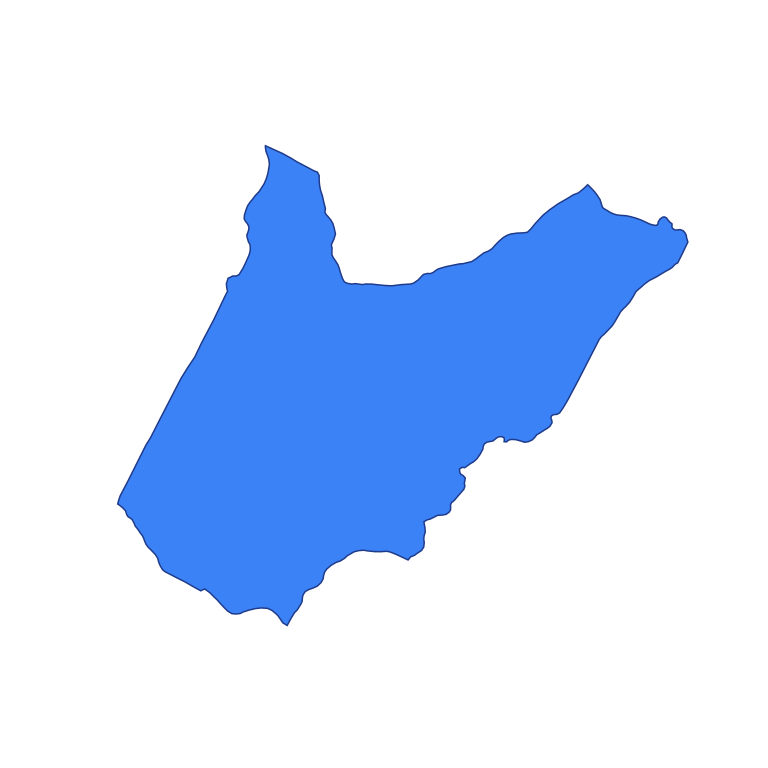 the district of Ivindo, Ogooué-Ivindo, Gabon, rotated 296°
{"feature_id": "22940354B21315660080276", "entity_name": "Ivindo", "entity_type": "district", "adm_level": 2, "iso_a3": "GAB", "parent_name": "Gabon", "parent_adm1": "Ogooué-Ivindo", "projection": "mercator", "projection_center": [13.138, 0.623], "detail": "fine", "context": "isolated", "style": "filled", "palette": "blue", "viewbox_px": 768, "rotation_deg": 296, "n_neighbors": 0, "source": "geoboundaries", "source_scale": "gbopen_adm2", "svg_char_len": 4683}
<svg xmlns="http://www.w3.org/2000/svg" viewBox="0 0 768 768"><g transform="rotate(296 384 384)"><path d="M167.9,195.9L167.1,196.0L162.5,196.6L159.4,197.3L159.0,200.0L158.1,203.7L156.7,207.3L153.4,210.5L152.5,212.3L152.2,215.0L151.7,217.1L149.5,220.2L147.2,222.8L145.6,226.3L143.5,229.8L141.7,233.4L139.9,235.7L137.9,237.7L135.6,240.4L133.8,243.8L132.8,247.1L130.5,253.2L128.2,257.0L125.0,259.7L122.7,262.3L120.1,266.2L119.3,269.5L119.0,282.4L118.9,291.3L118.6,296.3L118.2,301.7L117.8,310.0L119.5,311.2L121.2,312.9L120.7,315.7L120.0,319.2L118.6,323.2L116.8,328.8L115.1,332.8L113.2,337.7L111.4,342.9L110.9,347.9L112.2,351.4L114.5,355.2L117.6,357.6L122.2,362.5L125.8,366.9L128.9,371.8L131.3,377.6L131.4,382.5L130.3,386.9L129.4,390.0L127.3,393.8L125.0,397.7L124.5,402.8L132.9,403.2L139.3,403.8L143.0,405.1L150.2,405.8L152.8,405.7L156.9,404.1L159.0,403.7L163.0,404.2L166.5,406.7L169.3,409.5L173.0,412.6L177.9,414.5L182.3,414.7L184.9,413.8L188.7,413.1L192.6,413.7L197.8,415.9L202.6,419.1L205.8,422.3L209.9,424.9L213.9,426.5L217.6,429.0L220.1,430.7L223.2,434.4L225.7,438.6L226.7,442.1L229.2,449.0L231.8,454.5L234.6,459.3L235.6,462.4L236.2,469.4L236.4,482.8L240.3,483.7L243.4,486.5L246.3,488.0L250.8,490.7L254.9,491.2L259.3,489.6L261.7,487.9L265.1,486.6L268.9,486.0L272.7,483.9L275.7,481.6L277.8,480.3L280.9,482.4L282.8,484.7L286.3,487.4L289.3,489.6L292.0,494.2L294.1,497.0L297.6,498.8L299.9,499.0L302.7,497.8L304.7,496.7L307.5,496.8L308.9,497.7L311.3,498.5L315.8,499.6L320.9,501.0L324.3,501.9L327.6,501.5L330.0,499.7L332.9,499.0L335.3,498.1L336.4,495.1L336.6,492.4L337.9,490.8L340.7,489.1L343.5,490.9L344.1,493.2L346.1,494.3L349.7,496.2L353.3,498.6L357.6,500.3L363.1,501.2L369.0,501.4L371.1,500.6L373.9,500.4L376.8,501.9L378.9,504.7L380.7,507.0L384.3,508.6L386.6,510.0L388.3,512.9L388.4,515.3L386.7,516.6L384.8,517.2L385.6,519.4L388.3,520.7L390.1,522.9L391.8,527.0L392.8,532.3L393.2,535.7L395.3,538.9L398.8,541.8L402.0,542.9L405.2,543.5L408.2,545.5L413.0,548.4L415.9,550.3L418.8,551.7L423.0,552.0L425.2,550.5L426.7,548.7L429.1,548.6L430.8,549.9L432.5,552.7L435.0,554.5L440.6,555.4L446.4,555.9L448.9,556.1L452.4,556.3L473.2,557.0L492.9,557.4L518.3,557.9L521.9,558.6L525.4,560.1L531.9,562.2L536.3,563.6L542.5,564.3L552.7,565.0L556.5,566.1L559.9,567.4L565.1,568.9L569.2,569.4L572.5,569.7L577.3,569.9L580.4,571.1L582.8,572.2L588.0,574.3L593.2,577.0L600.3,582.3L604.1,584.7L608.7,587.7L612.2,590.2L614.6,591.7L619.5,593.3L621.6,594.9L632.1,595.0L644.8,594.9L647.7,592.2L650.4,590.2L652.0,588.0L652.9,585.7L652.6,582.5L651.9,581.3L650.7,579.5L650.0,577.9L650.3,575.4L651.1,574.1L654.2,572.7L654.9,569.8L655.7,567.7L657.1,565.2L657.1,562.7L656.1,561.3L653.4,559.8L650.1,559.4L647.8,560.0L646.3,559.6L645.6,558.5L645.0,556.7L644.5,554.2L644.2,551.8L644.2,547.4L644.1,543.2L643.7,539.7L643.4,536.9L643.1,535.5L642.6,532.8L641.6,528.6L640.6,525.8L639.4,523.0L638.1,519.4L637.5,516.0L637.4,512.1L637.9,507.4L638.1,504.1L639.2,502.2L641.8,499.9L644.5,497.3L646.0,494.7L647.6,492.0L649.4,488.3L651.2,483.5L652.4,479.7L647.2,477.8L641.1,475.0L637.0,471.2L631.3,467.6L622.6,461.7L613.6,456.7L605.4,452.9L594.9,449.7L587.4,447.9L583.3,446.4L581.0,443.1L578.0,437.5L574.5,432.3L571.3,429.2L567.7,426.9L562.8,424.8L557.7,423.1L553.0,421.8L549.4,419.7L545.5,416.2L540.5,413.6L536.4,411.6L532.4,409.1L526.8,402.3L524.9,399.0L516.6,388.2L511.2,382.3L508.5,380.6L505.8,379.3L503.5,377.2L502.3,374.4L499.7,371.4L496.5,370.3L492.7,369.2L487.8,366.5L485.4,363.9L481.1,356.3L475.7,348.0L473.1,342.0L470.2,334.2L468.5,329.4L465.9,323.8L463.9,321.0L461.6,314.1L459.8,311.5L458.4,306.9L458.4,303.6L460.5,300.6L464.5,296.5L468.4,293.0L471.1,290.2L473.3,286.6L475.6,282.6L477.3,280.6L481.0,278.7L483.6,277.7L484.3,276.7L486.5,275.6L492.3,275.5L497.6,274.6L502.4,270.8L505.9,267.6L508.2,264.1L510.2,259.7L511.0,257.5L512.6,255.5L515.9,254.5L519.0,251.9L522.1,249.3L525.7,246.5L530.6,241.8L534.8,238.7L539.1,236.2L542.9,234.4L545.2,231.3L544.9,226.7L545.1,222.0L545.3,215.5L545.5,208.2L546.2,201.8L546.7,191.8L546.4,181.8L546.2,173.0L545.3,173.3L541.5,175.8L538.1,179.4L535.1,182.2L531.0,184.8L522.8,187.2L517.2,188.2L511.7,188.5L506.2,187.9L502.2,187.4L496.9,185.7L492.2,184.8L489.2,184.0L484.8,183.3L480.6,183.6L474.7,184.5L471.2,185.9L469.3,188.4L468.3,190.9L466.1,193.6L463.7,194.7L460.5,195.2L457.8,195.4L455.8,196.7L452.3,199.9L450.5,202.5L447.5,204.3L444.1,205.6L440.4,206.2L431.5,206.5L426.0,206.5L418.9,205.8L416.7,204.3L415.6,202.5L414.6,200.5L412.4,199.0L410.8,197.5L404.9,198.4L401.4,200.6L398.8,202.7L392.8,202.6L367.3,202.8L341.5,202.0L325.1,202.1L312.9,200.4L300.3,199.1L256.5,198.1L233.6,197.7L224.7,196.8L205.6,196.6L184.8,196.4L167.9,195.9Z" fill="#3b82f6" stroke="#1e3a8a" stroke-width="1.5"/></g></svg>